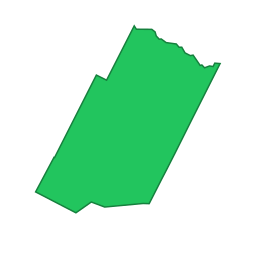 the district of Conejos, Colorado, United States of America, rotated 297°
{"feature_id": "52423323B18722561966541", "entity_name": "Conejos", "entity_type": "district", "adm_level": 2, "iso_a3": "USA", "parent_name": "United States of America", "parent_adm1": "Colorado", "projection": "albers", "projection_center": [-106.024, 37.199], "detail": "fine", "context": "isolated", "style": "filled", "palette": "green", "viewbox_px": 256, "rotation_deg": 297, "n_neighbors": 0, "source": "geoboundaries", "source_scale": "gbopen_adm2", "svg_char_len": 634}
<svg xmlns="http://www.w3.org/2000/svg" viewBox="0 0 256 256"><g transform="rotate(297 128 128)"><path d="M70.2,181.2L97.8,181.2L108.1,181.3L117.4,181.3L117.6,181.3L127.2,181.3L167.5,181.0L169.4,181.0L169.7,181.0L227.2,180.8L225.2,175.9L221.4,175.9L220.3,172.5L216.4,168.9L217.7,165.2L216.5,163.9L222.5,152.9L220.8,150.7L220.8,144.7L224.4,139.2L223.1,136.8L224.8,132.9L221.4,123.2L222.4,117.2L221.3,115.5L222.8,111.4L225.9,108.5L226.7,104.4L219.8,90.6L221.8,87.2L160.9,87.2L160.8,75.8L68.3,76.0L68.3,75.4L29.1,74.7L28.8,120.1L45.4,128.9L47.0,143.1L67.6,175.7L70.2,181.2Z" fill="#22c55e" stroke="#15803d" stroke-width="1.5"/></g></svg>